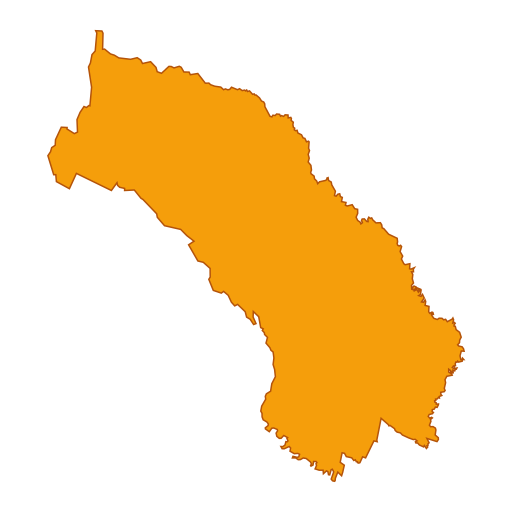 Famallá, Tucumán, Argentina (Natural Earth projection)
{"feature_id": "61730980B2044576725385", "entity_name": "Famallá", "entity_type": "district", "adm_level": 2, "iso_a3": "ARG", "parent_name": "Argentina", "parent_adm1": "Tucumán", "projection": "natural_earth1", "projection_center": [-65.4, -26.978], "detail": "fine", "context": "isolated", "style": "filled", "palette": "amber", "viewbox_px": 512, "rotation_deg": 0, "n_neighbors": 0, "source": "geoboundaries", "source_scale": "gbopen_adm2", "svg_char_len": 6049}
<svg xmlns="http://www.w3.org/2000/svg" viewBox="0 0 512 512"><path d="M56.4,181.6L69.4,188.7L76.4,173.4L111.4,190.5L117.0,182.7L117.6,185.4L119.7,187.3L124.6,188.4L124.6,190.5L134.3,190.0L141.0,198.3L143.0,199.5L156.7,213.8L157.3,217.3L164.5,225.7L180.7,229.4L186.8,235.6L194.0,241.2L188.6,244.8L197.9,261.0L203.3,262.3L210.1,268.4L210.2,277.1L208.8,279.3L213.3,290.4L221.3,293.1L223.6,291.4L228.2,295.3L231.4,302.2L234.7,305.9L237.6,304.4L245.2,311.7L246.6,317.1L250.2,319.3L253.6,324.5L256.0,323.6L253.1,317.0L253.3,311.5L258.7,316.7L260.7,327.6L263.2,328.8L262.3,330.5L264.3,332.6L264.6,334.5L267.5,337.4L266.0,343.1L269.9,347.7L270.9,350.2L273.1,352.0L273.9,358.0L273.1,364.5L274.6,369.4L275.4,376.7L271.8,383.7L270.6,391.2L266.4,393.8L265.3,396.3L265.7,399.2L261.7,406.1L260.8,411.1L262.0,413.3L262.1,416.9L263.2,419.8L266.9,422.0L268.3,423.9L268.1,425.6L265.3,427.8L265.4,428.9L269.3,431.7L271.8,428.2L273.8,428.0L277.3,429.5L277.6,430.8L276.1,433.1L276.8,436.3L279.3,438.4L281.1,438.3L283.8,435.5L287.6,437.6L286.9,438.3L288.0,440.9L287.1,441.8L285.9,441.6L285.0,445.0L282.9,446.6L280.9,446.5L282.1,448.7L284.2,448.8L289.2,446.5L290.6,448.0L290.0,451.2L294.3,453.7L297.8,453.4L299.6,454.3L298.7,456.9L297.0,457.3L293.0,456.3L292.4,457.9L295.7,457.9L298.2,459.7L300.4,459.6L303.2,458.0L306.2,458.5L310.4,461.9L311.4,463.8L310.6,465.5L311.0,466.1L313.0,465.1L313.6,461.5L316.1,461.5L316.9,462.6L316.0,463.7L316.5,465.5L315.1,468.9L319.2,470.2L323.1,470.2L323.4,473.7L326.5,470.9L327.9,471.7L328.5,474.7L329.7,474.9L331.1,469.8L332.3,469.2L333.7,471.9L331.2,479.1L332.5,480.8L334.4,481.3L335.1,480.8L335.4,478.2L337.8,472.1L341.6,475.8L342.7,472.3L344.3,465.2L340.2,462.3L342.1,452.8L344.5,453.3L346.3,456.6L351.7,457.8L353.8,460.5L355.3,459.8L356.3,461.7L357.5,461.7L357.6,462.7L358.8,463.1L359.9,462.7L362.6,456.8L365.6,457.9L373.9,440.9L377.2,441.7L376.8,440.1L381.1,418.3L388.2,424.5L389.0,425.9L390.0,425.4L394.5,428.6L395.2,430.5L397.1,432.1L400.4,432.9L402.4,435.0L408.7,437.9L413.3,439.6L415.1,439.3L417.1,440.9L415.4,441.8L415.9,443.0L417.6,443.0L419.4,445.0L423.6,446.9L424.3,445.5L426.4,448.5L427.7,447.0L426.9,445.8L428.0,445.3L428.0,443.8L429.1,442.8L426.9,438.4L437.0,441.6L438.4,439.5L438.3,437.7L435.2,435.0L435.9,430.0L435.4,428.1L433.0,426.6L430.6,426.7L429.4,425.2L430.9,421.4L430.5,419.5L432.4,417.9L431.6,417.3L429.7,418.1L428.2,416.4L429.2,414.5L432.5,413.7L433.4,412.4L432.1,411.7L432.3,409.6L434.3,409.1L435.4,407.1L437.1,407.4L438.4,404.8L438.5,404.0L436.3,404.2L436.2,402.8L434.8,402.1L434.6,400.8L435.8,400.4L435.6,399.1L437.1,399.0L438.4,397.6L439.4,398.0L439.2,396.5L441.8,395.5L440.9,394.4L440.7,392.3L444.2,391.7L445.1,390.5L444.3,388.4L445.6,382.7L445.0,379.7L446.8,376.3L452.2,375.2L451.7,374.0L448.7,372.1L448.7,369.2L450.6,370.6L450.7,372.2L451.7,371.7L451.4,373.0L453.2,372.8L452.9,370.2L454.7,370.9L455.3,369.3L456.3,369.2L456.9,368.0L453.9,368.5L452.3,367.5L453.4,366.0L454.4,366.8L454.6,365.7L455.5,365.6L455.2,363.8L455.9,362.0L457.0,362.2L457.6,361.1L458.6,362.1L462.2,361.2L462.4,359.6L463.8,359.6L462.5,358.1L462.0,359.6L460.8,359.6L460.0,355.8L461.3,351.0L464.1,351.2L463.5,348.7L462.1,346.8L458.7,346.0L457.6,344.8L459.5,342.7L459.7,340.0L461.2,337.2L459.6,332.3L456.1,329.6L455.3,326.3L454.1,326.1L454.1,324.7L455.2,323.3L454.4,322.4L452.8,323.0L453.6,319.8L452.9,318.0L452.2,319.1L447.3,321.7L445.6,319.3L443.7,319.8L442.0,318.3L439.1,318.2L437.3,319.5L433.8,318.3L431.3,314.7L431.6,313.4L432.2,314.4L433.4,314.4L432.9,312.5L432.0,312.1L429.7,313.3L428.7,311.7L429.0,306.4L425.1,305.4L425.7,301.5L425.1,299.9L423.5,302.3L421.5,301.9L424.2,298.0L422.5,294.4L421.1,296.4L418.7,295.6L420.5,294.4L421.1,290.0L420.4,289.9L418.4,292.2L417.2,290.1L420.1,289.9L420.4,289.2L417.0,287.8L415.9,290.0L414.2,290.9L413.9,289.8L415.7,288.4L416.1,287.0L414.0,286.0L412.8,287.1L412.6,289.5L411.7,289.2L411.5,285.3L413.5,283.0L412.3,278.8L412.8,274.6L411.5,271.8L413.5,271.8L413.3,269.2L414.3,267.7L411.0,269.1L409.6,268.8L409.9,263.7L405.1,264.7L403.8,263.7L401.4,259.0L402.7,256.1L400.1,251.6L401.6,246.6L400.6,245.3L399.2,246.0L397.7,245.3L397.1,243.3L397.6,242.0L397.2,238.3L388.6,234.2L383.8,228.6L382.2,227.9L381.7,224.8L380.4,222.7L376.0,222.9L372.7,219.8L371.7,217.9L370.4,218.4L368.8,217.2L367.8,219.2L368.1,221.6L366.8,221.5L364.4,218.9L362.2,219.0L361.5,220.4L362.4,222.7L360.9,223.9L360.1,222.1L357.7,220.5L356.1,217.2L357.7,213.4L357.6,209.3L354.7,208.7L352.2,204.7L347.2,206.0L345.4,205.3L346.0,202.5L341.5,201.6L342.3,197.4L340.4,196.6L339.7,193.8L337.8,194.2L336.1,196.2L334.5,195.6L335.4,191.2L331.8,184.9L331.2,182.0L328.6,180.5L328.1,177.6L326.9,178.1L326.9,179.2L325.7,180.4L319.5,181.8L317.7,183.7L316.7,181.0L314.5,178.8L314.1,176.1L311.0,173.7L310.7,172.2L311.5,170.0L310.9,165.4L308.2,162.0L309.2,158.2L308.2,154.4L309.5,150.6L308.6,148.3L309.1,141.9L308.5,141.2L306.5,141.8L304.9,138.4L303.1,137.9L301.5,134.8L297.9,133.0L297.1,130.3L295.6,130.7L294.3,129.8L294.7,128.2L293.4,127.3L292.9,124.7L293.3,122.2L291.1,120.4L291.4,118.5L290.8,117.4L288.2,117.9L288.0,115.0L285.1,114.8L283.6,116.4L281.5,115.6L280.5,116.2L279.6,114.3L276.6,114.0L275.2,115.5L272.9,115.2L271.9,116.9L270.0,116.3L264.9,106.7L264.7,103.8L263.7,102.0L261.5,101.0L259.5,97.9L256.1,95.0L254.9,95.1L254.2,93.9L252.6,94.3L249.5,90.9L247.5,91.5L246.7,90.0L245.5,90.9L244.6,90.1L242.2,90.6L239.6,88.7L237.5,89.7L231.5,87.2L229.7,89.4L227.8,89.8L225.4,88.9L223.6,89.7L220.8,87.1L214.7,86.2L210.6,84.7L208.9,83.1L205.3,83.2L197.8,73.5L190.3,74.7L189.1,72.1L183.9,72.0L181.2,67.3L179.3,66.3L174.0,67.9L171.2,66.5L168.9,66.4L161.5,73.3L157.2,71.7L156.0,67.4L150.6,61.7L142.5,63.5L140.7,60.0L137.2,57.7L130.6,59.3L118.8,57.9L114.4,55.2L110.4,53.9L104.6,49.1L102.6,49.3L103.0,33.2L101.9,31.0L95.7,30.7L96.8,33.0L95.2,51.0L92.0,54.6L90.4,63.0L88.5,67.0L91.6,87.3L89.9,105.8L89.0,105.5L86.4,107.5L84.0,106.5L80.1,112.3L77.0,119.6L77.5,132.1L74.3,133.6L67.0,129.0L67.1,127.5L61.3,127.2L55.5,139.7L55.2,145.3L51.7,147.6L50.5,151.8L47.9,155.7L53.7,174.7L55.8,174.7L56.4,181.6Z" fill="#f59e0b" stroke="#b45309" stroke-width="1.5"/></svg>